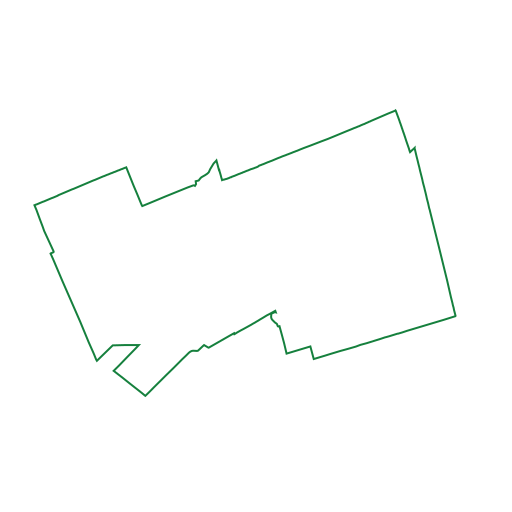 Unirea, Dolj, Romania, rotated 157°
{"feature_id": "2599482B28955327165277", "entity_name": "Unirea", "entity_type": "district", "adm_level": 2, "iso_a3": "ROU", "parent_name": "Romania", "parent_adm1": "Dolj", "projection": "robinson", "projection_center": [23.169, 44.16], "detail": "fine", "context": "isolated", "style": "outline", "palette": "green", "viewbox_px": 512, "rotation_deg": 157, "n_neighbors": 0, "source": "geoboundaries", "source_scale": "gbopen_adm2", "svg_char_len": 5931}
<svg xmlns="http://www.w3.org/2000/svg" viewBox="0 0 512 512"><g transform="rotate(157 256 256)"><path d="M444.2,338.5L444.1,337.4L444.0,332.4L444.0,308.3L443.5,264.1L443.7,242.0L443.5,230.9L443.5,228.7L443.6,223.3L443.5,222.5L443.4,221.7L422.8,229.7L412.4,225.6L398.7,219.8L403.0,217.9L413.8,213.4L424.6,208.8L431.9,205.9L429.5,201.6L426.3,195.9L422.2,188.3L414.6,174.5L412.7,170.8L412.5,170.5L407.6,172.4L401.3,175.0L395.8,177.2L392.5,178.5L389.3,179.8L384.8,181.6L375.8,185.1L370.1,187.4L364.5,189.7L359.7,191.5L355.5,193.2L353.9,193.6L352.3,193.7L351.0,193.4L349.3,192.6L347.9,191.9L347.1,191.6L346.4,191.5L345.0,192.0L342.3,193.0L339.9,193.9L338.6,194.3L338.4,194.0L335.6,190.2L335.2,190.1L326.8,191.1L312.5,192.8L306.3,193.5L306.4,192.5L305.5,192.6L303.1,193.0L300.4,193.3L298.5,193.5L296.0,193.7L291.1,194.2L287.3,194.6L285.3,194.9L283.2,195.1L281.3,195.4L279.5,195.6L277.0,196.0L273.9,196.4L269.2,197.1L266.4,197.3L259.7,198.0L259.8,196.4L260.3,196.8L261.0,197.0L262.0,196.9L263.4,197.0L264.2,197.0L265.2,195.4L265.8,194.2L266.1,193.2L266.2,192.3L266.1,191.6L265.9,190.8L265.3,189.3L264.5,187.3L263.6,185.9L263.4,185.5L263.3,185.2L263.3,184.4L263.4,183.4L263.3,182.7L263.0,182.4L262.5,182.3L261.8,182.2L263.1,172.6L264.2,164.8L266.0,154.2L241.3,151.5L243.1,138.6L231.3,137.3L226.1,136.8L218.8,136.0L215.2,135.6L209.3,134.8L206.1,134.4L199.5,133.6L194.6,133.4L188.2,132.5L173.1,131.0L169.1,130.7L168.0,130.5L166.4,130.3L164.9,130.1L162.9,129.9L157.1,129.3L156.0,129.2L155.6,129.0L151.2,128.5L146.1,128.1L108.3,123.9L96.0,122.7L95.8,122.9L95.7,123.0L95.6,123.6L94.8,129.0L94.3,131.3L94.0,133.8L93.6,135.8L92.6,142.2L89.6,159.0L84.3,191.7L78.4,228.7L78.1,230.4L77.9,232.4L77.4,235.1L77.0,237.2L76.6,239.9L76.3,242.0L75.8,244.6L75.2,248.1L74.8,250.7L74.3,253.6L74.0,255.9L73.6,258.6L73.0,261.7L72.6,264.2L71.7,270.1L71.0,274.0L70.5,277.4L70.0,280.3L69.3,284.9L68.1,291.9L68.0,293.0L67.9,293.3L67.8,293.5L68.6,293.2L71.5,292.2L73.6,291.4L73.6,291.9L73.5,293.3L73.3,294.8L73.2,296.2L73.1,297.7L73.0,299.1L72.9,300.6L72.8,302.0L72.7,303.4L72.4,306.7L72.4,307.1L72.3,307.4L72.3,307.8L72.3,308.2L72.3,308.5L72.2,308.9L72.2,309.3L72.2,309.6L72.1,310.0L72.1,310.3L72.1,310.7L72.1,311.1L72.0,311.4L72.0,311.8L72.0,312.2L72.0,312.6L71.9,313.4L71.8,315.1L71.7,315.9L71.7,316.8L71.6,317.6L71.5,318.5L71.5,319.4L71.4,320.2L71.3,321.9L71.3,322.8L71.2,323.7L71.1,324.5L71.1,325.4L71.0,326.3L71.0,327.1L70.9,327.9L70.9,328.8L70.8,330.8L70.6,335.2L70.7,335.5L70.9,335.4L72.9,335.4L78.8,335.5L96.9,335.4L97.3,335.4L98.6,335.3L99.6,335.4L100.6,335.3L102.0,335.3L103.2,335.3L104.4,335.2L104.8,335.2L105.2,335.2L105.5,335.3L106.5,335.3L108.2,335.3L109.1,335.3L109.7,335.2L110.4,335.2L110.9,335.3L111.3,335.3L111.7,335.3L112.1,335.3L112.4,335.3L113.0,335.3L113.5,335.3L114.0,335.3L114.5,335.3L115.2,335.4L115.9,335.4L116.5,335.4L117.3,335.4L118.5,335.4L124.6,335.5L136.6,335.6L144.3,335.7L151.3,336.0L163.2,336.4L169.6,336.7L173.7,336.8L174.2,336.8L174.6,336.8L175.9,336.8L177.0,336.8L178.2,336.9L179.3,336.9L181.2,337.0L183.0,337.0L185.3,337.1L186.5,337.1L187.5,337.2L188.4,337.2L189.2,337.2L191.0,337.3L192.7,337.4L194.3,337.4L195.3,337.4L197.1,337.5L198.8,337.5L200.6,337.5L201.9,337.5L204.3,337.5L205.9,337.6L207.1,337.6L208.6,337.7L211.1,337.7L213.0,337.7L213.6,337.7L214.2,337.8L215.0,337.8L216.0,337.8L216.9,337.9L217.3,337.9L218.0,337.9L218.3,337.8L219.0,337.6L219.5,337.5L220.5,337.5L221.2,337.5L222.4,337.6L223.9,337.6L224.9,337.7L226.1,337.8L226.7,337.9L227.5,337.9L229.1,337.9L230.0,337.9L230.4,337.9L230.9,338.0L231.5,338.0L232.4,338.0L233.3,338.0L234.3,338.0L235.4,338.1L236.1,338.0L237.0,338.1L237.8,338.1L238.8,338.1L239.8,338.2L240.7,338.2L241.5,338.2L242.2,338.2L242.8,338.2L243.8,338.2L244.3,338.2L244.8,338.2L245.4,338.3L245.7,338.3L246.6,338.3L247.0,338.4L247.7,338.3L248.0,338.2L248.5,338.4L249.2,338.4L250.0,338.4L250.5,338.3L251.1,338.4L251.7,338.4L252.2,338.4L253.1,338.5L253.7,338.6L254.4,338.7L254.8,338.7L255.4,338.8L255.7,338.8L256.1,338.9L256.4,339.1L256.7,339.1L257.3,339.1L257.6,339.1L257.4,340.6L257.3,341.6L257.0,343.5L256.7,345.9L256.5,347.8L256.2,349.6L256.5,349.6L255.8,354.5L255.1,359.4L255.7,359.1L258.9,357.7L264.3,353.8L266.8,351.5L268.7,350.8L271.3,350.3L275.5,349.8L277.0,349.2L279.3,347.9L282.3,348.4L283.1,345.6L284.8,344.4L285.3,345.1L286.1,345.5L292.1,345.8L316.4,346.2L333.4,346.3L341.1,346.4L341.1,346.6L341.3,347.0L341.3,347.8L341.3,350.7L341.2,359.0L341.2,368.6L340.8,388.3L341.8,388.3L342.3,388.4L342.8,388.4L343.3,388.4L343.8,388.4L344.3,388.4L344.8,388.4L345.4,388.4L345.9,388.5L346.5,388.5L347.1,388.5L347.6,388.5L348.2,388.5L348.8,388.5L349.4,388.6L349.9,388.6L350.5,388.6L351.0,388.6L351.5,388.6L352.1,388.6L352.6,388.6L353.1,388.6L353.7,388.7L354.2,388.7L355.3,388.7L355.9,388.7L356.4,388.7L357.0,388.8L357.6,388.8L358.2,388.8L358.8,388.8L359.3,388.8L359.9,388.8L360.4,388.8L361.0,388.9L361.5,388.9L362.0,388.9L362.5,388.9L363.1,388.9L363.6,388.9L364.2,388.9L364.7,388.9L365.2,389.0L365.7,389.0L366.1,389.0L366.6,389.0L367.0,389.0L367.5,389.0L368.0,389.0L368.5,389.0L369.1,389.0L369.6,389.0L370.2,389.0L370.8,389.0L371.3,389.0L371.9,389.0L373.4,389.0L374.6,389.0L376.1,389.1L379.0,389.1L383.5,389.1L385.0,389.1L386.5,389.1L387.9,389.1L389.3,389.1L390.7,389.1L392.0,389.1L393.4,389.1L394.8,389.1L396.3,389.1L397.7,389.1L399.2,389.2L400.7,389.2L403.7,389.2L405.1,389.2L406.6,389.2L409.6,389.2L411.0,389.2L412.5,389.2L414.0,389.2L414.4,389.2L414.6,389.1L414.8,389.0L416.6,389.0L417.3,389.0L418.0,389.0L418.6,389.0L420.0,389.0L421.6,389.1L421.9,389.1L422.7,389.1L423.4,389.1L424.2,389.1L424.9,389.1L425.7,389.1L426.5,389.1L427.2,389.1L427.9,389.1L428.7,389.1L430.2,389.1L430.9,389.2L432.5,389.2L433.2,389.2L433.9,389.2L434.7,389.2L436.3,389.2L437.1,389.2L437.8,389.2L438.5,389.3L440.1,389.3L440.1,384.1L440.6,374.3L440.9,366.6L441.2,361.8L440.5,339.3L440.7,338.8L441.2,338.6L441.8,338.6L442.5,338.6L443.3,338.6L444.0,338.6L444.2,338.5Z" fill="none" stroke="#15803d" stroke-width="2"/></g></svg>